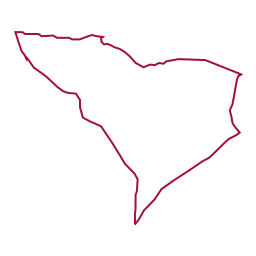 Ar Reif Ash Shargi, South Kordufan, Sudan
{"feature_id": "16777658B25449953916595", "entity_name": "Ar Reif Ash Shargi", "entity_type": "district", "adm_level": 2, "iso_a3": "SDN", "parent_name": "Sudan", "parent_adm1": "South Kordufan", "projection": "mercator", "projection_center": [29.773, 11.191], "detail": "fine", "context": "isolated", "style": "outline", "palette": "rose", "viewbox_px": 256, "rotation_deg": 0, "n_neighbors": 0, "source": "geoboundaries", "source_scale": "gbopen_adm2", "svg_char_len": 1804}
<svg xmlns="http://www.w3.org/2000/svg" viewBox="0 0 256 256"><path d="M26.5,59.0L26.8,57.9L27.3,58.4L30.1,62.3L33.9,67.7L34.1,67.8L45.7,76.1L46.0,76.3L57.2,86.8L63.0,91.2L68.0,92.9L75.8,93.6L76.0,93.8L80.0,99.9L80.0,100.2L80.0,107.2L82.6,116.8L82.8,116.9L83.0,117.7L90.2,121.5L100.9,126.2L101.1,126.4L111.3,141.5L120.4,156.1L124.7,163.3L124.9,163.7L128.4,167.3L134.6,173.7L137.6,179.3L137.0,189.8L136.9,190.3L136.9,191.1L135.7,194.5L135.7,194.9L135.6,195.4L135.5,209.6L134.9,214.3L135.0,223.1L134.9,223.3L134.9,223.5L135.3,223.9L138.6,219.8L142.4,213.1L143.8,210.6L154.5,199.5L161.6,189.0L173.6,180.5L190.0,169.8L202.8,161.1L209.1,157.8L212.5,154.7L226.1,141.3L229.0,138.8L233.3,136.7L237.2,134.5L239.7,132.6L239.2,132.0L234.6,126.4L232.6,123.3L232.5,122.7L231.2,115.6L229.8,110.4L232.5,104.2L234.2,94.9L235.7,86.4L237.0,79.5L238.4,76.1L239.9,75.2L240.3,75.0L239.9,74.9L240.5,74.5L240.3,74.4L240.6,74.2L239.9,73.9L226.7,68.6L222.7,67.0L205.3,60.1L178.6,59.1L173.4,60.1L166.3,61.3L163.5,63.7L159.0,63.0L154.8,65.1L149.9,64.6L143.6,67.3L135.9,63.1L135.6,62.9L135.1,62.3L133.8,60.9L132.2,59.0L131.3,58.1L129.3,55.9L128.8,55.5L127.5,54.3L127.2,54.1L126.6,53.6L124.6,52.0L124.5,51.9L122.3,50.5L119.6,48.9L118.6,48.6L114.3,47.2L113.4,46.7L111.6,45.6L109.2,44.6L107.9,44.0L107.5,44.0L103.9,44.3L103.7,44.0L101.5,41.9L101.4,41.6L101.1,38.5L101.1,37.9L101.6,37.7L102.6,37.2L102.9,37.0L102.5,36.9L102.4,36.9L96.6,36.2L92.0,35.0L91.8,35.1L87.4,36.5L79.7,39.4L79.2,39.4L72.0,39.4L69.3,37.8L57.0,37.8L53.3,35.6L52.8,35.6L41.6,36.2L38.5,34.0L25.0,34.0L22.6,32.2L18.1,32.1L15.4,32.1L15.5,32.4L15.5,32.6L16.4,35.3L17.4,38.6L17.8,39.8L18.2,41.2L18.7,42.8L18.9,43.3L21.6,51.1L22.3,52.0L22.5,52.3L24.9,55.5L25.5,56.8L25.8,57.7L26.0,58.1L26.1,58.3L26.4,58.8L26.5,59.0Z" fill="none" stroke="#9f1239" stroke-width="2"/></svg>